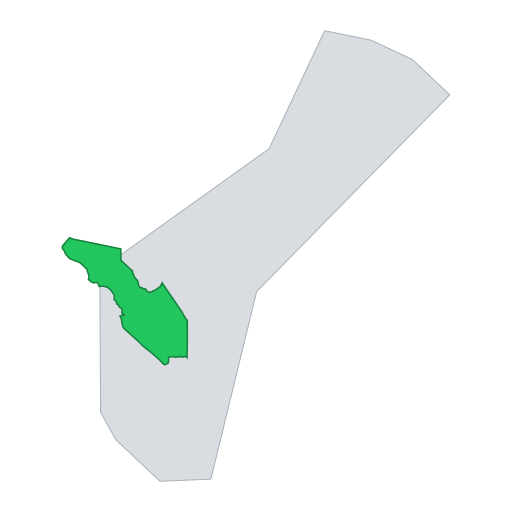 Santa Rita, Guam shown in context
{"feature_id": "77769853B26973637010941", "entity_name": "Santa Rita", "entity_type": "district", "adm_level": 2, "iso_a3": "GUM", "parent_name": "Guam", "parent_adm1": "", "projection": "albers", "projection_center": [144.67, 13.403], "detail": "fine", "context": "in_parent", "style": "filled", "palette": "green", "viewbox_px": 512, "rotation_deg": 0, "n_neighbors": 0, "source": "geoboundaries", "source_scale": "gbopen_adm2", "svg_char_len": 1389}
<svg xmlns="http://www.w3.org/2000/svg" viewBox="0 0 512 512"><path d="M210.9,479.1L160.1,481.3L116.0,439.9L100.6,412.2L99.8,269.9L269.1,148.7L324.7,30.7L371.1,40.2L412.3,59.5L449.7,94.9L256.6,291.6L210.9,479.1Z" fill="#d9dde1" stroke="#a8b0b8" stroke-width="1"/><path d="M165.0,364.8L168.5,362.8L168.6,357.2L174.0,356.5L175.1,357.4L177.4,356.7L179.1,357.1L180.6,356.2L182.1,357.3L185.6,356.3L187.0,357.7L187.3,344.8L187.3,320.3L185.6,318.5L182.0,312.0L162.1,282.8L160.5,286.3L155.2,290.2L152.7,291.0L151.4,292.4L147.2,291.6L145.5,288.9L143.4,288.8L141.6,287.4L140.2,287.8L138.7,285.6L137.7,280.7L134.4,277.2L133.9,275.4L133.5,274.3L132.8,273.2L132.5,271.2L132.3,270.6L131.8,270.4L131.3,270.0L121.0,260.4L120.8,248.9L73.5,239.2L69.5,237.7L69.4,237.8L63.5,244.8L62.4,246.1L62.3,246.3L62.3,246.7L62.4,247.6L62.6,248.8L63.0,249.3L64.6,251.2L65.5,254.1L69.7,258.7L80.1,262.8L84.4,266.8L86.8,269.2L89.1,276.8L88.6,278.7L88.4,279.4L91.3,282.0L93.6,282.9L96.3,282.4L98.0,283.4L99.1,286.4L103.3,286.2L107.0,287.2L107.4,287.3L110.8,290.0L114.2,295.1L114.2,295.4L114.2,295.8L114.1,299.8L116.0,300.9L116.7,304.0L117.7,304.3L119.9,307.6L122.1,308.9L121.9,313.0L123.5,314.3L124.1,314.8L123.7,315.5L122.2,315.1L119.9,316.2L121.1,317.9L122.3,324.7L123.2,327.5L124.1,328.6L139.2,342.2L142.9,346.0L152.1,353.3L160.3,360.7L163.4,364.1L165.0,364.8Z" fill="#22c55e" stroke="#15803d" stroke-width="1.5"/></svg>